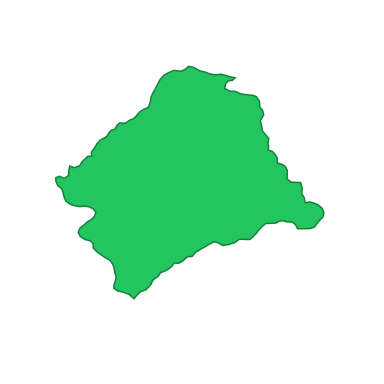 Joaçaba, Santa Catarina, Brazil (orthographic projection), rotated 116°
{"feature_id": "56859067B91608506084294", "entity_name": "Joaçaba", "entity_type": "district", "adm_level": 2, "iso_a3": "BRA", "parent_name": "Brazil", "parent_adm1": "Santa Catarina", "projection": "orthographic", "projection_center": [-51.59, -27.141], "detail": "fine", "context": "isolated", "style": "filled", "palette": "green", "viewbox_px": 384, "rotation_deg": 116, "n_neighbors": 0, "source": "geoboundaries", "source_scale": "gbopen_adm2", "svg_char_len": 2314}
<svg xmlns="http://www.w3.org/2000/svg" viewBox="0 0 384 384"><g transform="rotate(116 192 192)"><path d="M157.2,63.3L152.7,64.5L149.7,67.7L148.1,73.5L148.6,77.9L149.3,81.8L152.0,85.4L147.9,88.7L145.2,92.7L140.4,94.5L135.9,98.5L137.9,103.1L139.7,107.3L138.6,112.4L135.4,113.6L130.6,116.0L128.1,119.5L127.7,123.6L128.6,128.1L124.3,129.9L121.6,134.1L120.3,137.6L120.9,142.0L117.6,143.0L114.8,145.2L110.3,146.4L108.2,150.9L106.2,155.5L102.3,158.2L97.9,161.9L91.3,161.3L87.9,164.1L85.8,168.4L80.9,171.0L78.1,176.0L78.4,179.9L80.1,184.0L81.5,188.1L82.5,192.1L82.5,197.0L84.7,202.0L84.6,208.0L80.4,209.2L76.3,208.4L74.0,204.6L70.4,203.3L71.8,208.2L72.4,212.3L73.5,217.8L76.5,222.5L78.1,227.9L78.4,232.6L79.7,238.1L79.2,244.8L80.6,250.2L84.2,251.6L88.4,254.9L90.5,261.3L94.9,265.3L99.6,268.5L104.8,270.0L109.3,270.1L115.2,270.2L120.5,270.6L125.3,270.3L129.5,268.9L135.1,268.4L139.0,271.7L142.9,274.2L147.8,275.4L151.2,276.4L155.0,279.6L159.6,282.4L161.7,287.4L165.5,288.7L169.3,288.7L171.8,291.5L175.5,292.7L178.8,292.8L181.8,294.5L185.4,297.1L190.2,298.6L195.3,298.9L200.4,300.0L203.6,297.7L205.7,301.4L209.3,302.6L212.7,304.0L217.7,304.5L221.9,308.8L222.2,313.2L227.1,312.2L231.2,310.2L235.8,312.8L235.9,317.9L238.8,320.7L242.1,319.0L245.1,315.4L246.2,310.6L249.0,307.6L252.2,305.2L255.5,301.4L256.4,296.7L256.0,292.5L254.5,286.9L251.9,282.3L250.5,278.4L250.3,273.3L252.7,269.4L256.6,268.9L261.5,270.7L264.8,273.0L268.8,274.6L273.8,276.9L278.2,276.6L280.9,273.0L281.6,267.4L280.4,261.7L281.8,258.3L285.8,256.1L287.6,250.6L288.3,246.1L289.0,242.0L289.4,235.5L291.9,231.4L294.4,228.7L298.3,226.1L301.6,222.9L306.0,221.9L309.6,221.5L312.8,220.0L313.6,215.4L312.1,209.8L311.7,203.4L313.4,197.3L309.3,196.4L304.1,194.5L300.3,190.7L296.7,189.4L293.3,188.4L288.2,188.5L282.6,185.4L278.1,184.9L275.5,182.2L272.4,179.8L267.8,177.6L263.8,177.0L261.8,172.7L258.4,170.1L255.2,169.0L252.2,167.8L249.9,163.7L244.8,162.4L239.1,158.8L234.9,155.9L231.4,153.6L227.1,150.4L226.2,145.8L226.7,141.1L222.9,135.7L218.8,131.5L213.6,128.7L211.6,124.0L209.2,119.0L205.3,117.6L201.5,116.2L196.3,115.2L191.7,113.6L187.9,111.8L185.5,107.2L183.0,102.8L180.1,100.9L178.0,97.7L177.1,93.0L175.0,89.0L175.9,84.8L178.7,81.0L176.2,75.8L172.9,69.5L169.6,66.5L165.8,65.9L160.9,64.7L157.2,63.3Z" fill="#22c55e" stroke="#15803d" stroke-width="1.5"/></g></svg>